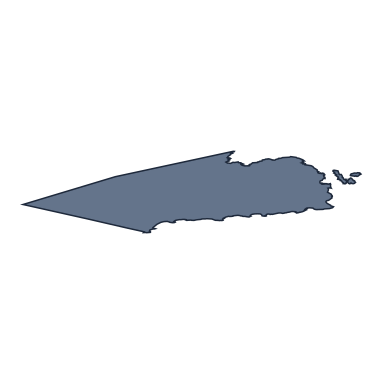 Vardø nor, Finnmark, Norway (Equal Earth projection)
{"feature_id": "86288312B8683339582307", "entity_name": "Vardø nor", "entity_type": "district", "adm_level": 2, "iso_a3": "NOR", "parent_name": "Norway", "parent_adm1": "Finnmark", "projection": "equal_earth", "projection_center": [30.933, 70.337], "detail": "fine", "context": "isolated", "style": "filled", "palette": "slate", "viewbox_px": 384, "rotation_deg": 0, "n_neighbors": 0, "source": "geoboundaries", "source_scale": "gbopen_adm2", "svg_char_len": 5976}
<svg xmlns="http://www.w3.org/2000/svg" viewBox="0 0 384 384"><path d="M143.5,232.6L145.4,232.5L146.6,232.7L150.3,232.4L150.5,232.2L150.4,231.5L149.5,231.3L149.7,230.8L149.6,230.5L149.9,230.0L150.3,229.8L152.9,229.0L154.3,229.0L155.3,228.7L155.0,228.6L153.3,228.5L153.0,228.2L153.0,227.9L152.9,227.6L157.1,224.2L161.0,222.3L163.9,221.6L167.4,221.4L168.1,221.7L169.1,221.9L169.8,222.3L172.4,222.7L174.3,222.6L175.0,222.3L174.9,222.1L175.2,222.0L174.7,221.5L174.1,221.3L175.5,220.4L176.8,220.1L179.6,219.6L180.7,219.7L183.0,219.4L184.4,219.4L185.8,219.6L185.5,219.9L186.7,220.4L188.5,220.2L191.0,220.1L191.5,220.3L194.0,220.4L196.1,219.9L197.5,219.7L200.9,219.4L201.5,219.1L202.9,218.9L205.4,218.9L206.8,218.7L211.9,219.0L215.3,220.3L218.2,220.4L219.4,220.6L221.1,220.4L221.9,220.6L223.1,220.2L222.8,219.7L222.6,219.2L224.2,218.4L223.7,218.1L225.7,217.1L228.6,216.3L229.6,216.5L231.5,216.4L233.0,216.2L233.1,215.8L237.9,215.3L240.0,215.6L241.0,216.0L241.9,215.9L242.9,216.4L245.0,216.4L247.1,216.8L249.1,217.0L250.0,216.6L250.1,216.2L250.7,216.1L250.3,215.8L250.3,215.4L251.2,214.8L252.2,214.3L254.8,213.9L257.3,213.8L260.1,213.9L261.0,214.3L261.7,214.8L262.0,215.8L262.4,215.9L264.4,216.2L265.2,216.0L265.7,216.2L266.4,215.9L266.3,215.5L265.9,215.3L266.4,215.1L266.5,214.5L267.9,214.0L269.9,214.2L270.1,214.5L271.4,214.2L272.2,214.4L278.7,213.0L281.1,213.0L282.2,213.3L282.7,213.4L284.4,213.1L284.6,212.9L286.3,212.8L287.0,212.5L290.0,212.0L291.0,211.6L292.7,211.5L295.6,211.7L296.1,212.0L295.8,212.1L295.6,212.3L296.5,212.6L296.3,212.9L296.4,213.0L298.1,212.8L300.1,212.1L299.5,212.4L302.1,211.8L304.3,211.0L303.4,211.0L304.9,210.6L305.7,210.1L306.2,209.9L305.8,209.7L304.7,209.7L304.9,209.4L305.4,208.9L306.8,208.6L306.5,208.3L306.5,208.2L307.5,208.0L309.6,207.8L312.8,208.1L313.3,208.3L313.5,208.7L314.7,209.3L316.3,209.6L323.1,209.4L324.5,208.9L329.5,208.6L332.6,207.7L333.5,206.7L330.9,205.9L330.7,205.3L327.0,203.3L325.9,201.9L326.2,201.1L326.8,200.7L328.7,200.3L332.0,197.9L331.6,196.8L332.3,196.5L332.2,195.7L331.5,195.2L331.4,194.3L327.5,192.2L328.4,190.1L328.3,188.5L328.0,188.2L329.5,187.9L330.0,187.9L329.9,188.0L330.3,188.1L330.8,187.9L331.1,188.0L330.8,187.5L330.5,185.5L330.7,184.5L330.4,183.7L330.1,183.9L329.4,183.8L329.4,184.1L328.5,184.2L326.9,184.0L326.9,183.7L324.2,183.6L324.7,184.0L323.4,184.2L322.3,184.2L321.9,184.1L322.3,183.6L322.5,183.6L323.0,183.1L322.8,183.2L321.7,183.1L322.0,183.0L320.6,183.2L320.1,183.0L319.9,182.8L319.9,181.6L320.2,181.0L320.9,180.7L322.2,180.3L322.7,179.4L323.7,178.5L325.0,178.5L324.8,177.8L324.6,177.8L324.7,177.5L324.9,177.3L324.7,177.1L324.0,176.9L323.6,175.5L324.1,175.2L324.6,175.2L324.7,174.8L324.1,174.8L324.2,174.6L323.5,173.6L323.2,173.6L323.5,173.4L322.7,173.1L322.1,173.2L322.2,173.5L321.9,173.5L321.5,173.4L320.8,173.4L320.9,173.2L320.3,172.9L319.8,173.1L319.5,173.3L318.5,173.1L318.0,172.8L318.4,172.3L318.1,172.1L318.6,171.7L317.2,171.1L317.2,169.9L313.8,167.8L312.9,166.6L311.1,165.7L304.8,164.7L304.8,164.3L306.1,163.8L303.0,163.9L303.1,163.4L301.6,162.9L303.4,162.3L302.4,161.6L302.4,161.0L304.2,160.9L302.8,159.8L298.8,158.2L297.3,158.1L296.3,157.4L290.6,156.6L289.6,157.2L282.5,157.6L280.9,158.3L279.7,158.3L278.6,158.4L278.6,158.7L275.7,159.5L275.2,160.0L274.5,160.2L273.2,160.1L273.3,160.0L272.5,159.9L269.6,159.0L268.0,158.8L267.7,159.0L268.1,159.0L267.8,159.1L265.8,159.1L264.8,159.6L262.3,160.0L262.0,161.0L259.6,161.3L259.0,161.8L257.6,162.0L257.2,162.3L257.3,162.5L252.5,162.8L251.1,164.1L250.2,164.2L249.2,164.8L249.7,165.6L249.2,165.8L245.0,165.9L244.2,165.8L244.1,165.6L242.9,165.5L241.6,165.0L241.2,164.6L241.4,164.5L243.2,164.0L242.3,163.6L240.7,163.6L240.7,163.3L241.2,163.3L241.0,162.8L238.4,162.6L238.2,161.9L234.6,162.5L232.9,162.3L230.9,163.3L230.3,163.4L228.2,163.0L227.4,163.1L225.9,162.1L227.1,161.5L228.7,161.1L228.4,160.8L228.7,160.5L228.5,160.3L229.6,159.9L229.2,159.3L228.9,159.2L229.8,158.9L230.1,158.9L230.5,158.6L229.4,158.3L229.6,158.0L228.6,157.8L227.5,158.0L227.2,157.8L227.7,157.5L227.8,156.6L230.5,154.7L230.2,154.2L229.8,154.3L230.4,154.1L229.7,154.1L230.2,154.0L232.2,153.4L231.2,152.9L232.4,152.7L232.9,152.0L234.0,151.8L234.3,151.4L233.3,151.3L115.3,176.7L23.0,204.5L87.5,218.9L126.1,227.8L144.1,231.8L143.5,232.6ZM334.2,170.2L333.2,170.4L333.0,170.7L333.1,171.4L333.9,171.7L333.5,171.7L333.9,172.2L335.3,172.3L334.3,172.4L334.5,172.6L334.6,173.0L334.3,173.2L334.7,173.3L334.7,173.6L335.2,173.9L335.2,174.0L336.1,174.6L335.6,174.7L335.4,175.0L335.7,175.1L336.2,175.8L336.6,175.8L336.6,176.0L337.5,176.8L338.1,176.9L338.0,177.3L338.4,177.8L338.2,177.8L337.8,178.6L337.6,179.3L338.6,179.4L340.5,179.9L340.8,180.4L339.5,180.5L340.7,180.5L341.0,180.8L341.5,180.9L342.0,181.5L342.0,181.8L342.2,182.1L343.2,182.6L343.1,183.6L344.4,183.7L344.7,183.8L344.7,183.5L345.6,183.4L345.9,183.5L346.1,183.4L346.3,182.4L347.3,181.7L347.6,181.7L347.5,182.1L348.5,183.3L349.7,183.8L349.9,183.6L350.1,183.7L350.7,183.4L350.8,183.0L351.2,183.0L351.7,183.5L353.2,183.7L354.6,183.3L355.1,182.7L355.3,182.5L355.0,182.4L355.0,182.1L355.1,181.9L354.6,180.9L353.8,180.8L353.7,180.7L353.9,180.5L352.6,179.8L352.2,179.0L351.1,178.1L350.6,178.0L349.9,178.5L349.7,179.0L349.4,179.2L347.5,179.3L348.6,179.3L349.0,179.5L348.8,179.5L348.5,179.9L348.3,180.0L348.6,180.1L348.2,180.1L348.1,180.3L347.9,180.7L347.9,181.0L347.6,181.1L347.8,181.1L347.7,181.4L346.7,181.3L346.7,181.2L347.0,181.2L347.0,180.9L346.3,180.9L346.0,180.6L346.5,180.4L346.3,179.9L346.2,179.9L346.3,180.1L345.4,180.1L345.1,179.4L346.8,179.3L345.2,179.3L344.8,179.5L344.4,179.5L343.7,179.2L343.2,177.8L342.3,177.4L342.4,176.4L341.3,174.5L339.3,174.5L338.0,170.9L334.2,170.2ZM360.0,173.1L359.8,172.9L357.4,172.7L356.4,173.2L354.7,173.0L353.3,173.3L352.9,173.5L351.1,173.9L350.3,175.2L350.3,175.4L350.5,175.6L354.0,176.1L354.7,176.3L355.3,175.9L355.9,175.9L356.3,176.0L356.3,176.3L357.2,176.4L358.1,176.1L359.2,175.1L361.0,174.1L360.4,173.5L359.8,173.6L359.0,173.6L360.0,173.1Z" fill="#64748b" stroke="#1e293b" stroke-width="1.5"/></svg>